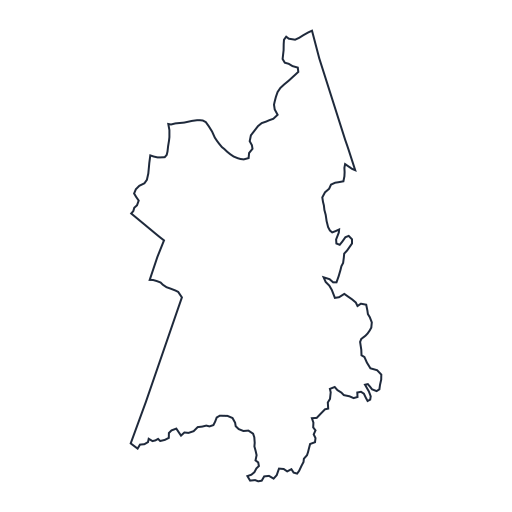 outline of Vitória do Mearim, Maranhão, Brazil
{"feature_id": "56859067B98099039141504", "entity_name": "Vitória do Mearim", "entity_type": "district", "adm_level": 2, "iso_a3": "BRA", "parent_name": "Brazil", "parent_adm1": "Maranhão", "projection": "robinson", "projection_center": [-44.907, -3.55], "detail": "fine", "context": "isolated", "style": "outline", "palette": "slate", "viewbox_px": 512, "rotation_deg": 0, "n_neighbors": 0, "source": "geoboundaries", "source_scale": "gbopen_adm2", "svg_char_len": 3560}
<svg xmlns="http://www.w3.org/2000/svg" viewBox="0 0 512 512"><path d="M312.0,30.7L308.3,32.4L303.3,35.2L299.2,37.8L295.1,39.7L288.8,38.7L286.2,36.7L284.0,39.7L283.7,43.9L283.6,50.2L282.6,59.0L284.8,62.7L288.7,63.8L292.5,66.1L297.8,67.6L298.3,71.9L288.8,80.6L284.2,84.4L280.4,87.9L277.6,92.0L275.9,96.9L274.7,101.5L274.0,104.7L274.7,109.4L277.6,114.8L273.3,118.8L269.3,120.2L266.1,121.6L261.7,123.1L258.0,126.1L254.0,131.3L250.9,135.3L249.7,141.2L251.9,145.2L252.5,148.8L249.1,153.0L248.6,158.1L243.7,159.4L240.5,159.0L237.7,158.2L233.6,156.5L230.2,154.2L227.0,151.6L224.3,149.0L221.9,147.1L219.1,143.7L217.0,140.9L214.8,137.6L212.1,131.6L208.8,126.3L205.8,122.1L202.8,120.5L199.9,120.2L197.1,120.2L192.0,120.9L184.1,122.6L178.7,123.1L175.4,123.4L171.0,124.5L168.3,124.0L169.4,130.1L169.4,137.2L169.0,140.7L168.1,146.2L167.5,151.5L166.7,154.9L164.7,157.2L160.4,157.4L157.5,157.4L153.6,156.5L150.3,155.4L149.3,162.9L148.9,167.3L148.3,173.5L146.9,179.8L144.4,183.3L139.3,185.8L135.9,189.2L134.1,193.5L136.2,197.0L138.7,200.6L137.0,205.3L134.3,207.7L133.3,211.1L131.2,213.5L157.9,235.6L160.9,238.0L164.0,240.4L157.4,256.9L149.7,279.9L153.1,280.0L156.9,281.1L160.6,282.5L162.8,284.7L166.5,287.2L170.5,288.6L175.4,290.5L178.2,291.9L180.2,294.9L181.9,297.4L178.4,307.5L145.8,402.1L130.7,443.4L134.8,446.5L137.6,448.6L140.0,444.6L144.4,444.2L148.0,442.1L148.7,438.8L152.5,441.1L155.4,440.4L158.1,438.9L160.2,441.0L164.8,439.9L168.8,437.9L168.9,433.0L171.5,430.4L176.3,428.6L181.0,435.6L184.4,432.5L188.5,432.9L193.6,431.2L197.7,427.1L202.2,426.6L206.3,425.6L209.5,426.4L213.4,425.1L215.2,421.5L216.7,417.5L219.8,415.7L227.5,415.9L232.5,418.0L235.1,422.7L235.7,426.2L238.7,429.1L243.4,431.0L248.4,430.6L253.1,433.7L254.3,437.3L254.7,442.8L254.4,446.4L255.7,451.2L256.6,455.2L255.5,460.4L258.2,462.4L258.9,466.0L256.4,468.4L254.4,472.2L251.4,474.7L247.4,476.1L250.1,480.6L255.1,480.1L258.2,481.3L261.7,480.7L264.2,476.4L269.0,475.9L273.6,478.6L276.7,475.2L279.0,468.6L283.7,469.0L287.2,471.4L291.4,469.2L293.6,472.6L297.1,473.6L299.1,470.9L301.6,465.6L303.5,462.0L303.9,458.7L307.0,455.2L308.0,452.2L308.9,448.6L310.1,444.0L315.0,442.2L315.5,438.1L313.7,434.4L315.5,430.4L313.2,427.4L313.4,422.6L311.9,418.2L316.7,417.9L320.6,413.8L325.0,409.3L328.2,408.6L327.8,402.5L330.0,398.9L330.7,392.3L329.9,388.9L334.7,387.0L337.4,390.1L341.4,392.6L343.8,395.1L349.5,396.3L353.6,398.1L357.5,397.0L357.3,392.5L361.0,391.8L363.9,393.7L365.8,397.7L367.6,401.0L370.2,399.6L370.7,396.3L368.9,391.5L365.0,384.7L367.8,384.1L370.2,386.9L372.0,389.3L376.6,391.1L379.4,389.3L380.0,384.9L381.2,379.6L381.3,374.6L377.1,370.2L370.4,368.3L366.9,362.6L364.4,357.0L361.5,355.3L361.3,349.9L360.1,341.9L361.3,338.9L365.5,335.7L367.6,333.5L369.7,330.5L371.3,327.6L371.8,322.4L369.8,317.2L367.9,314.1L367.4,310.6L366.2,304.7L360.9,303.7L357.5,306.0L355.8,302.5L352.0,299.3L348.1,296.6L344.3,293.9L339.1,297.2L334.9,297.9L331.8,289.9L329.3,285.6L325.7,282.0L323.6,277.3L329.6,279.2L333.1,282.3L336.5,282.3L338.6,276.4L340.5,269.9L341.4,266.2L343.1,263.0L343.8,257.8L344.2,253.6L347.1,250.5L352.0,243.5L352.0,239.3L348.7,235.9L345.4,237.2L342.3,241.6L339.7,244.8L336.4,243.5L336.1,239.5L338.8,232.6L339.1,229.5L335.6,231.1L332.2,232.4L329.9,230.5L328.1,227.1L326.6,221.1L325.7,214.9L324.4,210.0L323.9,205.5L323.0,201.9L322.3,197.4L325.0,192.3L329.1,188.8L331.0,184.6L335.2,182.7L338.0,182.3L343.4,181.3L344.4,176.4L344.6,172.2L344.4,167.8L345.1,164.1L352.1,168.9L355.2,170.2L348.6,149.8L347.2,145.6L345.2,139.9L338.0,117.3L319.3,58.5L312.0,30.7Z" fill="none" stroke="#1e293b" stroke-width="2"/></svg>